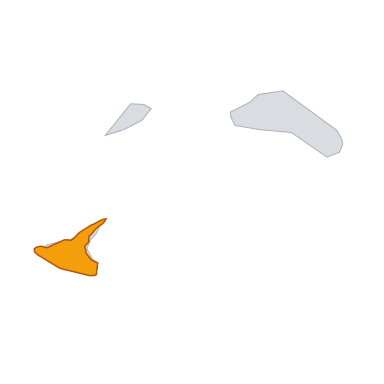 Andjouân highlighted on a map of Comoros, rotated 121°
{"feature_id": "COM-4936", "entity_name": "Andjouân", "entity_type": "state/province", "adm_level": 1, "iso_a3": "COM", "parent_name": "Comoros", "parent_adm1": "", "projection": "mercator", "projection_center": [44.402, -12.222], "detail": "fine", "context": "in_parent", "style": "filled", "palette": "amber", "viewbox_px": 384, "rotation_deg": 121, "n_neighbors": 0, "source": "natural_earth", "source_scale": "10m", "svg_char_len": 1169}
<svg xmlns="http://www.w3.org/2000/svg" viewBox="0 0 384 384"><g transform="rotate(121 192 192)"><path d="M107.6,197.5L103.7,200.3L84.9,188.4L74.3,185.5L58.5,166.2L64.6,99.4L69.6,90.8L73.4,87.3L82.1,86.1L92.6,94.4L89.8,137.4L103.8,166.4L112.8,189.3L107.6,197.5ZM314.7,235.3L325.0,264.2L324.9,286.0L320.5,293.0L311.3,288.5L294.4,271.1L262.1,254.1L276.9,252.7L285.6,254.5L294.7,252.9L300.4,243.4L301.6,237.7L309.6,233.2L314.7,235.3ZM173.7,282.6L188.1,295.4L148.1,290.1L141.8,278.5L141.5,270.0L156.4,271.9L173.7,282.6Z" fill="#d9dde1" stroke="#a8b0b8" stroke-width="1"/><path d="M325.5,267.0L325.3,292.6L324.2,296.4L321.9,297.9L320.0,297.2L317.9,295.4L316.2,293.3L315.5,291.4L315.1,288.8L314.0,287.3L298.9,276.9L297.2,274.2L296.0,271.0L292.9,269.4L284.8,267.7L272.0,261.2L270.3,259.8L262.1,254.9L259.3,251.9L262.6,251.8L265.4,252.4L270.6,254.7L274.2,255.7L280.8,256.6L283.2,257.6L284.3,256.7L286.4,255.7L287.4,254.7L293.6,256.0L299.0,251.0L302.1,243.2L301.4,236.1L303.4,235.5L306.2,233.9L308.4,233.3L309.5,232.8L310.3,232.2L311.3,231.7L312.7,231.7L313.9,232.6L315.5,235.5L316.2,236.1L324.9,264.1L325.5,267.0Z" fill="#f59e0b" stroke="#b45309" stroke-width="1.5"/></g></svg>